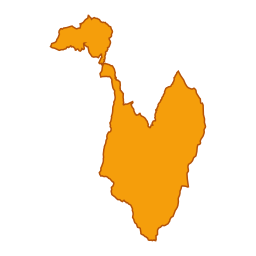 outline of Zapatoca, Santander, Colombia
{"feature_id": "7082276B90716501324077", "entity_name": "Zapatoca", "entity_type": "district", "adm_level": 2, "iso_a3": "COL", "parent_name": "Colombia", "parent_adm1": "Santander", "projection": "equal_earth", "projection_center": [-73.303, 6.849], "detail": "fine", "context": "isolated", "style": "filled", "palette": "amber", "viewbox_px": 256, "rotation_deg": 0, "n_neighbors": 0, "source": "geoboundaries", "source_scale": "gbopen_adm2", "svg_char_len": 5771}
<svg xmlns="http://www.w3.org/2000/svg" viewBox="0 0 256 256"><path d="M173.0,216.4L175.3,210.3L176.2,209.1L177.3,207.1L177.9,205.3L178.4,201.8L178.2,198.7L178.7,197.0L179.5,195.5L180.0,193.1L180.0,191.2L181.1,188.5L181.5,186.7L182.1,185.9L185.6,186.2L187.7,187.0L188.4,186.8L187.3,179.0L187.0,174.4L187.1,173.0L188.3,171.3L188.4,170.2L187.9,166.9L188.1,165.5L188.6,164.3L190.8,162.8L192.5,160.7L193.7,157.6L195.9,155.9L196.8,151.7L197.2,147.2L197.6,145.6L198.0,144.7L199.6,144.4L200.4,143.5L200.5,142.3L200.2,141.5L200.4,140.5L201.0,139.1L202.9,136.3L203.3,135.4L204.1,132.9L204.2,131.8L204.0,129.8L205.5,126.9L205.4,125.9L204.4,122.5L204.5,118.9L203.4,114.6L203.1,105.1L202.3,103.2L201.3,103.5L200.9,103.2L200.6,102.4L200.3,98.9L199.3,97.8L196.8,93.8L196.3,92.8L196.0,90.6L195.5,89.5L194.0,88.2L192.4,89.0L191.4,89.0L188.4,87.8L187.0,86.6L185.2,83.7L183.6,79.9L180.6,75.6L178.3,71.2L176.8,72.8L176.5,74.0L175.4,75.5L174.7,77.3L174.1,77.6L174.2,79.8L173.5,81.7L172.9,82.5L172.6,83.9L171.8,84.3L170.7,86.4L168.3,86.9L167.6,87.5L166.5,87.9L165.8,88.6L164.5,91.9L164.7,92.7L164.5,93.4L163.6,94.4L163.1,96.2L162.0,97.4L161.8,98.9L161.5,99.3L161.3,99.9L160.8,100.0L160.3,101.7L158.9,103.3L158.1,104.7L158.1,106.2L157.6,106.8L157.0,108.5L156.6,109.0L156.8,110.2L156.6,110.3L155.8,110.1L156.1,112.2L155.5,113.1L155.0,115.0L155.3,116.5L154.8,117.6L155.4,119.1L155.4,120.7L153.9,120.9L153.2,121.2L152.1,123.2L152.1,123.8L152.6,124.4L152.7,125.2L151.2,125.1L151.0,126.0L150.5,126.6L150.4,127.5L149.7,127.6L149.3,127.1L148.5,126.8L148.1,126.0L148.0,125.5L148.3,124.6L148.1,123.8L147.6,122.9L147.4,121.8L147.1,121.1L146.2,120.1L145.9,119.4L144.7,117.8L142.7,116.5L141.5,116.1L140.3,114.6L140.1,113.5L139.3,113.5L138.8,114.5L136.8,115.2L136.3,115.2L136.1,114.5L135.2,113.9L133.9,111.0L133.7,109.2L131.9,106.7L131.6,105.7L131.1,104.8L131.1,104.2L131.7,104.0L131.8,103.0L132.4,103.2L132.9,102.7L132.6,101.6L127.8,103.9L126.8,104.2L125.7,104.0L124.5,104.6L124.1,104.4L123.6,104.8L123.4,104.7L123.3,103.9L123.7,103.0L123.3,100.4L123.4,99.6L123.1,97.2L123.3,93.7L123.1,93.3L122.5,92.9L122.3,92.2L121.7,91.8L121.1,90.8L120.3,90.3L120.3,88.9L120.0,88.6L120.2,87.9L120.0,87.2L120.3,85.3L120.0,82.0L119.3,81.3L118.6,81.0L117.9,80.2L117.3,80.3L116.7,79.7L116.2,79.9L115.9,79.5L116.1,77.7L115.2,78.0L115.3,76.1L114.9,75.2L115.2,72.4L114.8,71.5L114.3,69.2L112.6,66.2L112.0,65.7L111.2,65.8L108.7,64.4L107.9,64.4L107.0,63.9L106.0,63.9L105.3,63.4L104.5,63.7L103.5,63.2L103.6,62.0L104.5,61.2L104.5,60.6L104.2,60.2L104.0,59.6L104.7,59.3L104.9,58.8L105.0,57.3L104.8,56.2L105.7,53.9L105.7,52.8L105.5,52.2L106.0,51.5L107.1,51.0L107.2,50.2L107.8,49.3L107.6,47.6L108.8,47.1L109.4,46.0L110.5,42.9L110.3,41.2L109.2,39.3L109.1,38.4L109.2,38.0L110.0,37.8L111.4,36.3L111.5,35.6L111.4,34.4L112.4,32.0L112.4,31.4L112.2,30.7L111.2,28.8L110.7,26.9L108.8,26.0L107.4,24.2L106.1,23.7L105.4,22.5L104.4,22.6L103.1,22.2L102.4,22.5L100.7,21.6L99.3,19.5L98.5,19.3L97.5,18.5L95.7,18.3L94.2,17.6L92.3,18.6L91.5,19.3L90.9,17.9L89.6,16.8L88.6,15.4L88.3,15.4L87.8,18.1L85.4,19.7L83.3,22.4L81.8,23.3L80.5,23.7L80.9,24.0L81.0,24.5L80.7,25.1L80.3,25.0L80.5,26.1L80.0,28.0L78.4,28.2L76.8,28.8L76.1,28.7L72.9,26.8L72.2,26.1L71.3,26.2L66.8,27.6L63.5,28.1L62.7,28.9L62.2,29.1L61.3,28.6L60.6,28.8L59.2,30.8L58.9,32.4L59.4,34.1L58.1,37.6L56.9,39.4L56.3,41.4L54.9,42.5L51.7,43.6L51.2,45.3L50.5,46.6L52.1,47.7L54.6,48.2L58.9,50.2L59.7,50.3L61.0,49.7L63.3,49.7L64.3,49.1L65.5,48.9L66.0,48.7L66.8,47.3L67.6,47.3L67.9,47.0L68.7,47.5L70.7,45.8L71.1,46.0L71.4,46.9L73.1,46.7L74.2,47.7L75.1,48.7L75.2,49.9L75.4,50.1L75.9,50.2L76.9,49.2L77.7,49.0L78.0,49.1L79.3,50.8L80.4,51.1L81.5,49.9L81.9,48.6L83.2,49.5L83.7,49.4L84.3,48.8L83.6,43.7L84.1,43.0L84.6,43.0L84.1,43.3L84.1,43.7L84.5,44.9L85.5,45.5L86.5,46.6L87.9,46.9L88.1,47.4L88.6,50.2L89.2,52.5L92.1,56.6L93.7,57.1L95.9,56.8L97.1,57.0L98.3,57.7L98.7,57.3L99.5,55.7L100.2,55.2L100.5,54.6L100.7,54.3L101.5,54.2L101.5,55.6L101.9,57.3L101.2,57.8L98.9,62.8L99.7,63.6L100.3,63.4L101.1,63.8L101.7,64.7L102.2,64.3L102.2,63.7L103.2,64.5L102.4,66.7L101.9,70.6L101.3,71.8L100.4,72.9L100.0,73.7L100.8,77.0L102.4,76.6L106.4,76.4L108.2,76.7L109.4,76.5L109.8,76.6L111.7,79.1L111.9,80.6L111.8,81.8L112.7,87.0L113.2,88.6L114.7,90.8L114.5,93.0L115.1,96.4L115.2,97.8L114.9,99.8L113.8,102.1L114.0,103.7L112.9,107.0L112.6,112.0L112.3,113.8L111.4,116.6L111.6,117.6L111.0,120.5L110.7,121.6L109.9,122.9L110.5,125.3L110.2,126.7L111.1,128.2L111.1,130.0L110.7,131.1L110.2,131.6L109.6,132.1L108.8,132.0L108.5,132.3L107.1,134.9L106.8,136.8L107.1,138.4L106.1,140.3L105.7,143.3L104.4,146.4L104.2,148.3L103.9,149.1L103.3,154.4L103.6,157.3L103.3,158.5L103.4,160.2L103.2,162.1L101.7,166.3L100.9,168.0L100.9,170.2L100.4,171.3L99.3,172.6L99.8,174.4L100.9,176.1L102.2,175.8L103.2,176.4L104.5,176.6L105.6,176.4L106.8,176.7L107.9,177.4L108.7,178.4L109.7,178.6L112.5,181.8L113.5,182.1L113.7,182.8L113.8,183.6L113.3,185.2L113.0,185.6L112.7,186.4L111.6,187.1L111.4,187.4L111.7,189.7L111.3,190.7L111.2,191.4L111.9,194.6L115.2,197.1L115.9,197.9L117.7,199.6L119.9,199.7L120.8,200.7L122.4,201.6L124.0,200.3L124.7,201.3L125.6,201.7L126.3,202.7L127.5,202.7L128.8,204.1L130.0,204.6L130.9,205.3L132.5,208.8L132.3,210.3L133.0,212.4L133.2,214.1L132.6,217.3L133.4,218.8L133.9,219.5L134.0,220.5L134.7,222.4L135.2,223.1L136.5,224.0L137.4,226.9L137.7,227.3L139.7,227.9L140.2,228.4L140.9,232.7L140.9,233.7L142.5,234.8L143.1,234.8L145.1,236.6L146.0,236.8L146.7,237.6L147.5,237.9L148.4,240.0L149.7,240.3L151.5,240.1L152.2,240.6L152.6,240.6L153.2,240.0L154.6,240.4L154.9,240.0L155.7,240.6L156.1,239.6L156.0,235.7L157.5,234.6L157.5,230.7L157.7,229.6L158.9,227.9L160.5,227.2L161.8,225.8L162.6,225.4L164.1,225.7L165.1,225.4L168.0,223.7L169.7,221.0L169.9,219.6L170.9,217.8L171.4,217.2L173.0,216.4Z" fill="#f59e0b" stroke="#b45309" stroke-width="1.5"/></svg>